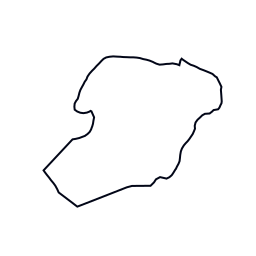 outline of Ash Shahil, Hajjah, Yemen, rotated 126°
{"feature_id": "15242507B16315139957826", "entity_name": "Ash Shahil", "entity_type": "district", "adm_level": 2, "iso_a3": "YEM", "parent_name": "Yemen", "parent_adm1": "Hajjah", "projection": "natural_earth1", "projection_center": [43.424, 15.855], "detail": "fine", "context": "isolated", "style": "outline", "palette": "ink", "viewbox_px": 256, "rotation_deg": 126, "n_neighbors": 0, "source": "geoboundaries", "source_scale": "gbopen_adm2", "svg_char_len": 1998}
<svg xmlns="http://www.w3.org/2000/svg" viewBox="0 0 256 256"><g transform="rotate(126 128 128)"><path d="M40.4,125.3L40.7,125.3L41.1,125.3L42.5,125.3L42.7,125.2L43.2,125.0L43.5,124.8L44.0,124.7L44.4,124.5L44.6,124.3L45.0,124.3L45.3,124.1L45.7,124.0L45.8,124.0L46.2,123.7L46.6,123.6L47.0,123.4L47.7,126.0L49.6,130.0L51.7,132.2L53.6,134.6L56.0,137.1L58.2,139.7L59.3,142.9L59.8,145.7L59.9,146.6L60.8,150.2L61.5,152.1L61.9,153.2L63.3,156.2L64.4,159.4L65.9,162.3L67.5,164.9L69.3,167.4L71.2,170.3L73.3,173.4L74.9,176.1L76.1,177.9L77.0,179.3L78.8,182.1L81.2,184.8L83.7,187.1L86.4,188.4L89.2,188.9L92.7,189.3L96.4,189.9L99.8,190.2L102.7,190.7L106.6,191.1L110.2,191.0L113.1,190.2L116.0,190.2L118.9,189.7L122.2,189.3L125.1,188.9L127.9,188.1L131.1,186.8L133.9,185.8L136.8,185.9L139.6,185.5L142.3,183.9L144.5,181.9L144.5,178.8L143.7,175.6L142.2,172.8L139.7,170.3L137.2,168.7L136.2,168.4L136.0,167.4L139.3,161.7L142.3,160.3L145.2,158.8L148.0,157.8L148.6,157.7L150.9,157.0L153.7,156.7L156.7,157.2L158.7,157.9L159.7,158.2L162.1,159.8L164.7,161.5L167.5,163.9L169.0,165.4L169.8,166.2L211.9,171.4L212.6,169.4L213.6,166.1L214.5,162.7L215.5,159.6L216.4,156.0L217.4,152.9L219.1,149.3L220.9,146.2L221.4,122.8L218.5,120.9L192.8,104.4L176.7,94.1L172.5,90.7L171.1,88.8L161.5,75.8L159.7,75.5L156.7,75.0L153.1,75.2L148.9,73.2L146.4,67.4L146.3,67.1L143.5,65.6L140.6,64.9L139.1,64.9L137.1,65.0L133.6,65.3L133.0,65.2L130.5,65.7L127.3,66.1L124.5,66.8L121.8,68.3L119.1,69.9L115.8,71.5L112.9,72.3L109.3,72.6L106.5,72.4L103.6,72.0L100.8,71.9L97.8,72.0L97.5,72.0L94.8,72.1L92.0,72.7L89.2,73.4L87.0,75.3L83.8,76.6L80.5,76.6L77.1,75.9L74.1,75.4L71.3,74.1L68.3,70.5L66.2,69.9L65.6,69.7L63.2,69.3L59.9,66.1L57.8,66.0L55.1,66.6L53.1,66.9L51.4,67.8L46.6,71.8L43.2,74.7L42.5,75.3L39.8,76.6L37.8,80.2L37.0,81.8L34.8,86.0L35.0,87.7L34.9,88.7L34.6,91.4L35.3,94.7L36.1,98.0L36.8,100.8L37.0,101.5L37.9,104.6L38.3,108.2L39.0,111.4L40.0,114.5L40.3,117.7L40.4,120.9L40.5,124.1L40.4,125.3Z" fill="none" stroke="#020617" stroke-width="2"/></g></svg>